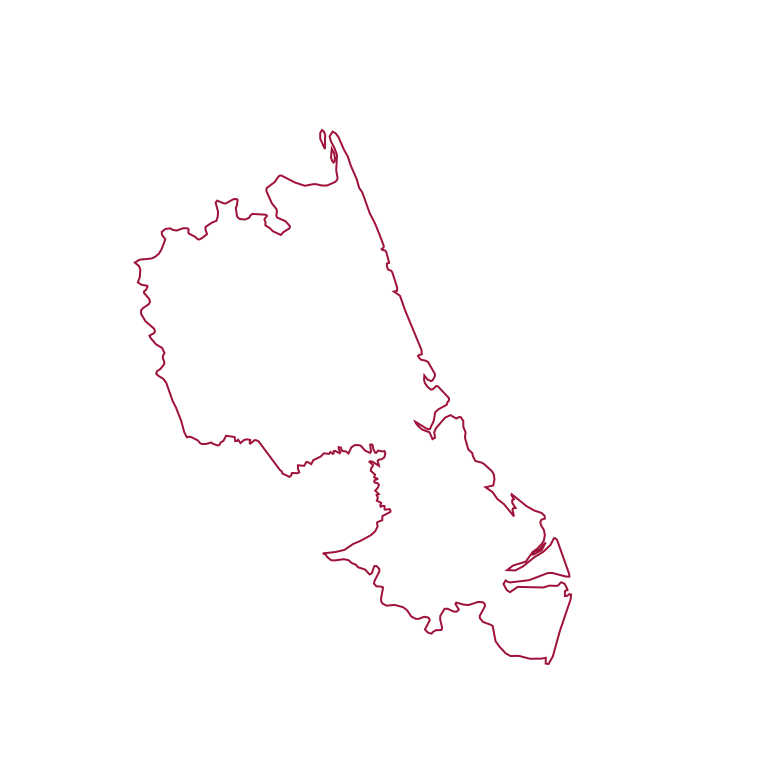 the district of Chinde, Zambezia, Mozambique, rotated 298°
{"feature_id": "85939544B82585183947830", "entity_name": "Chinde", "entity_type": "district", "adm_level": 2, "iso_a3": "MOZ", "parent_name": "Mozambique", "parent_adm1": "Zambezia", "projection": "natural_earth1", "projection_center": [36.399, -18.468], "detail": "fine", "context": "isolated", "style": "outline", "palette": "rose", "viewbox_px": 768, "rotation_deg": 298, "n_neighbors": 0, "source": "geoboundaries", "source_scale": "gbopen_adm2", "svg_char_len": 6169}
<svg xmlns="http://www.w3.org/2000/svg" viewBox="0 0 768 768"><g transform="rotate(298 384 384)"><path d="M499.3,189.4L490.8,200.3L487.9,207.0L486.4,208.3L482.1,209.9L480.8,211.4L481.5,220.4L479.4,226.4L478.5,227.3L476.8,227.3L471.0,223.9L467.2,223.0L466.7,214.2L468.0,209.9L468.4,204.7L471.0,203.6L473.2,201.1L477.5,201.7L478.0,200.2L472.4,188.0L470.5,187.0L467.3,186.8L464.0,184.1L462.0,179.2L462.2,177.2L463.2,175.4L470.0,170.4L471.9,170.5L477.7,168.4L478.1,167.2L476.6,164.4L469.0,159.4L468.3,158.0L467.6,150.6L465.2,150.1L458.2,156.6L453.8,158.6L449.4,159.4L445.8,156.4L439.0,152.7L436.5,153.9L433.3,157.4L427.7,155.0L424.9,153.1L424.4,151.8L425.3,147.8L425.2,141.1L426.0,140.0L428.9,138.9L429.2,137.6L427.5,133.8L422.1,128.8L420.9,125.2L421.0,122.0L418.3,118.3L414.0,116.3L411.4,118.0L409.1,123.0L398.9,124.3L393.4,124.1L389.0,122.3L385.8,120.0L379.0,109.8L374.2,107.0L373.1,112.4L370.6,115.1L363.7,118.2L358.1,119.0L357.8,123.5L359.6,128.9L358.9,129.5L355.4,129.7L353.4,128.7L351.8,129.2L349.0,136.4L347.0,138.7L344.1,138.9L338.2,135.7L335.1,134.9L331.8,136.7L327.4,143.9L324.9,155.1L323.0,157.0L321.2,157.2L316.5,154.2L315.1,156.2L312.0,164.0L311.7,171.1L308.4,175.6L305.4,175.6L303.0,176.5L300.5,179.5L298.4,180.6L292.6,179.6L288.7,177.6L286.2,178.0L285.3,180.6L285.0,186.6L282.8,191.2L269.5,205.7L265.6,211.3L256.3,222.2L247.9,230.0L244.4,234.9L246.4,237.4L246.6,239.3L246.8,246.0L245.5,249.3L245.5,251.5L247.8,255.4L251.2,258.8L250.9,261.1L251.7,266.3L253.1,267.3L255.9,267.3L258.4,268.9L264.2,268.9L267.0,277.0L263.7,279.5L264.7,281.0L266.3,281.3L264.5,285.0L268.7,286.6L270.8,288.9L271.8,292.1L268.7,293.2L268.6,294.0L273.7,296.1L274.3,297.4L274.5,300.2L259.2,332.5L258.9,334.6L257.3,336.4L257.6,344.1L259.5,345.0L262.2,344.5L264.7,349.7L266.3,350.6L268.6,347.9L271.8,346.2L274.3,351.9L278.7,352.0L279.3,353.8L279.1,357.4L283.5,357.3L290.1,362.1L294.5,363.4L296.5,368.3L298.8,368.7L298.3,371.6L299.1,372.1L301.1,371.1L302.0,372.3L302.0,377.3L303.3,377.5L305.2,374.7L306.9,373.6L307.7,375.9L305.8,377.6L305.3,379.0L306.6,381.9L305.9,385.3L312.8,384.9L316.5,387.1L318.2,390.5L318.6,392.4L316.3,398.6L316.6,404.0L318.1,404.3L323.9,400.3L324.8,401.2L324.8,402.5L321.4,405.2L319.2,408.6L319.5,409.4L322.5,410.2L323.9,414.7L325.0,415.9L323.5,417.7L319.3,418.7L316.5,417.3L314.7,414.9L313.1,414.5L309.4,417.9L310.0,409.8L309.2,407.9L308.4,407.7L307.4,412.2L306.3,412.7L303.6,412.2L301.1,413.2L299.8,418.6L297.0,419.1L297.3,422.5L296.9,422.8L294.4,420.8L293.2,421.2L292.6,422.1L293.4,424.8L292.8,426.7L289.8,427.3L285.7,426.3L284.3,431.1L282.5,429.6L280.8,432.0L277.6,432.4L277.7,437.3L274.9,437.7L274.1,438.7L275.8,440.0L276.5,441.7L273.7,443.3L273.6,444.2L276.2,447.6L275.2,449.3L274.0,449.6L266.6,444.6L262.9,446.4L259.1,443.1L257.9,443.1L255.3,445.2L250.0,445.4L244.2,443.3L233.8,436.4L228.2,431.8L218.9,426.9L212.6,419.7L205.7,409.4L206.0,412.6L204.6,415.0L203.6,420.0L205.0,423.2L210.4,430.7L211.8,435.3L210.8,439.8L211.2,444.3L210.0,447.1L211.3,454.4L209.1,460.7L211.2,462.1L218.6,460.9L219.8,462.8L218.4,466.8L216.2,467.9L205.6,468.1L203.1,468.8L201.8,472.2L203.9,477.0L203.9,478.7L193.2,482.1L190.6,483.7L189.5,485.7L189.4,490.2L193.9,497.0L195.9,505.5L195.1,510.5L191.5,517.3L191.6,522.3L192.7,524.7L197.3,528.7L198.5,532.4L197.9,534.5L196.7,535.3L186.5,535.4L185.2,539.1L185.4,541.4L186.0,543.2L188.1,543.6L191.0,545.5L193.7,550.1L194.6,550.2L196.3,549.6L202.6,544.0L206.0,542.5L214.0,543.1L215.4,545.7L215.8,552.4L217.2,555.1L219.9,556.0L223.3,550.4L224.9,550.3L226.6,557.9L228.6,562.5L235.9,569.6L237.8,574.1L236.9,576.4L235.0,577.5L224.2,577.4L222.3,578.5L220.4,583.1L221.5,591.2L221.3,593.6L209.3,603.2L206.2,609.4L203.3,618.0L203.2,623.4L207.2,630.5L210.0,642.0L215.3,651.7L218.2,655.4L213.1,658.0L214.0,660.7L222.5,661.0L248.2,655.3L281.3,649.9L285.9,648.0L285.5,646.4L282.9,645.1L281.7,643.3L285.7,641.1L287.0,641.3L288.0,642.8L288.9,642.3L292.3,637.4L292.3,634.2L291.7,633.3L288.0,632.4L286.6,630.9L283.7,624.8L279.1,620.1L267.6,597.3L259.3,593.0L259.7,589.2L263.5,583.4L267.7,583.6L267.4,586.6L268.2,588.8L278.9,604.2L293.9,617.3L296.1,621.0L299.4,635.0L300.9,638.1L302.9,637.0L327.5,610.1L328.2,607.5L327.5,606.4L320.3,606.6L310.8,603.5L301.5,598.0L288.1,592.3L281.0,587.4L277.5,580.1L284.2,583.1L293.8,592.6L305.4,594.1L311.0,596.8L317.5,598.5L320.8,598.6L325.8,597.1L330.0,593.9L332.9,589.1L335.5,586.8L338.0,586.7L340.7,589.2L343.0,587.7L344.1,583.6L342.8,576.0L343.1,567.2L346.6,548.5L345.8,548.6L343.2,552.9L341.6,551.7L339.2,553.1L336.3,558.4L335.0,556.5L333.5,556.3L328.1,560.9L334.2,546.5L335.7,538.0L339.5,530.7L340.5,522.1L345.7,528.1L351.4,526.4L355.6,523.6L357.6,520.4L360.2,510.5L360.5,507.4L358.9,500.8L362.0,496.4L364.4,494.5L365.9,489.0L374.7,480.6L379.7,478.7L383.2,474.3L388.7,471.3L390.7,467.4L390.3,466.0L387.4,464.0L387.7,457.3L383.1,453.8L369.3,450.6L365.0,451.0L360.5,454.3L358.1,452.7L362.7,446.9L361.7,439.2L362.8,434.2L364.4,430.5L365.4,429.3L364.6,441.7L364.8,444.3L365.7,445.7L374.9,445.2L383.0,442.5L387.3,444.0L395.1,449.1L398.2,448.6L399.6,449.2L402.0,448.0L407.2,432.8L406.8,431.1L402.4,429.6L401.1,428.1L402.0,423.5L404.2,419.4L406.5,417.4L410.5,415.6L408.3,420.5L408.7,424.2L410.0,425.2L415.1,425.2L416.8,424.2L424.0,412.7L424.2,410.2L422.8,404.9L424.5,400.9L425.5,400.9L428.0,403.4L431.7,401.1L458.9,368.1L469.4,356.7L470.3,349.3L472.6,351.8L475.5,350.2L486.4,339.0L487.3,337.4L487.0,333.8L489.1,331.5L491.7,330.0L493.4,331.7L501.6,324.0L502.4,322.2L501.6,319.8L502.0,318.6L504.3,319.5L505.7,319.1L514.1,309.6L521.6,300.6L528.1,291.2L542.8,275.1L545.6,269.9L552.0,263.8L561.0,252.4L567.8,245.3L572.1,238.6L580.7,227.8L582.6,223.7L582.8,220.2L577.2,219.7L573.4,223.1L569.6,228.8L564.3,234.9L550.2,241.5L544.1,246.3L542.0,246.7L539.4,246.0L532.6,240.6L530.2,236.3L528.6,230.4L527.2,227.7L521.9,221.1L520.1,210.9L519.9,195.9L519.4,194.5L517.9,193.5L511.0,192.7L502.0,188.4L499.3,189.4ZM563.7,221.5L576.6,214.9L578.8,212.0L579.1,210.0L575.5,209.9L570.6,212.6L563.7,221.5ZM567.1,227.5L559.2,230.8L556.8,233.2L555.8,235.4L557.3,235.8L560.6,234.4L564.0,231.9L567.1,227.5ZM320.0,601.2L310.8,599.1L306.9,595.5L303.0,594.9L303.7,596.1L311.4,601.2L320.0,601.2Z" fill="none" stroke="#9f1239" stroke-width="2"/></g></svg>